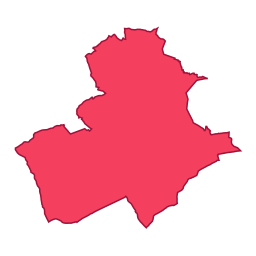 outline of Partestii De Jos, Suceava, Romania
{"feature_id": "2599482B28606213719079", "entity_name": "Partestii De Jos", "entity_type": "district", "adm_level": 2, "iso_a3": "ROU", "parent_name": "Romania", "parent_adm1": "Suceava", "projection": "robinson", "projection_center": [25.954, 47.619], "detail": "fine", "context": "isolated", "style": "filled", "palette": "rose", "viewbox_px": 256, "rotation_deg": 0, "n_neighbors": 0, "source": "geoboundaries", "source_scale": "gbopen_adm2", "svg_char_len": 5708}
<svg xmlns="http://www.w3.org/2000/svg" viewBox="0 0 256 256"><path d="M76.9,222.3L82.4,218.4L87.5,215.8L89.2,214.8L90.6,213.8L91.5,213.6L92.7,213.0L94.4,211.9L99.2,209.5L125.0,197.2L125.8,196.3L126.6,197.1L127.2,198.1L127.9,200.7L128.5,201.5L131.3,203.8L133.9,208.2L134.8,209.5L135.2,209.8L135.4,210.3L135.5,210.7L135.4,211.3L135.3,211.6L135.8,212.0L135.9,212.6L136.9,213.2L137.1,213.6L137.4,214.4L137.6,216.4L137.9,217.8L138.4,219.0L140.3,221.6L142.3,223.6L143.8,225.3L146.3,227.8L146.4,227.7L147.0,226.8L148.8,225.4L149.0,224.7L149.2,224.4L150.4,223.4L152.4,221.2L153.0,219.4L153.5,216.4L153.8,215.6L155.6,214.3L157.3,213.5L162.7,210.4L165.2,208.4L166.3,207.8L167.1,206.9L169.8,205.8L170.9,205.7L172.1,205.3L173.6,205.5L175.3,204.7L177.3,203.4L177.0,201.5L177.1,198.8L176.9,196.6L177.4,193.4L177.6,192.4L181.5,190.3L182.6,189.3L183.2,188.2L183.5,186.6L185.4,183.9L187.1,181.7L187.9,179.7L188.8,178.9L189.8,178.4L191.5,178.0L191.9,177.6L193.5,177.1L195.2,176.1L196.7,175.5L197.6,173.2L198.3,171.1L200.8,169.4L207.8,165.6L210.4,164.5L211.7,163.5L216.2,161.3L217.1,160.4L219.0,160.2L218.7,159.6L218.3,157.7L217.6,155.7L218.2,154.9L218.3,154.7L218.0,154.5L218.2,154.3L227.4,152.6L233.7,151.8L236.4,151.2L240.6,150.8L237.6,147.8L233.9,146.3L232.4,144.8L231.8,143.9L231.6,143.2L231.4,142.5L231.4,141.0L231.7,140.0L231.5,138.6L231.2,138.3L229.1,137.4L228.7,137.0L228.9,135.7L229.1,132.2L226.7,132.8L225.5,132.8L223.0,133.0L221.7,133.4L221.0,133.2L220.2,133.5L219.4,133.6L218.7,133.3L217.5,133.8L215.5,133.9L211.8,134.7L211.0,134.7L210.5,134.1L210.6,133.7L210.1,133.0L209.8,132.1L209.9,131.5L210.4,131.1L210.3,130.9L209.9,130.4L209.3,130.0L209.0,129.5L208.7,129.1L207.8,128.8L207.4,128.0L206.7,126.4L206.0,126.4L205.8,127.4L205.4,129.8L205.0,130.6L204.6,130.6L204.4,130.5L203.2,128.6L200.8,127.2L198.3,125.5L193.4,122.9L192.8,121.7L192.7,120.8L192.3,120.0L191.3,118.2L191.1,117.6L189.3,114.2L186.7,108.9L187.5,101.7L188.0,99.3L186.3,93.7L186.0,93.1L187.9,90.7L196.6,80.5L197.8,80.1L204.9,78.7L207.1,78.6L207.1,78.3L205.3,77.8L203.7,76.9L202.5,76.5L201.5,77.2L199.8,77.0L198.4,77.4L197.9,77.4L197.3,76.9L197.0,76.1L196.9,75.2L197.1,74.9L197.1,74.7L196.1,74.4L195.1,74.6L194.2,74.4L194.0,74.2L194.2,73.3L194.1,73.2L193.6,73.2L192.8,73.4L192.4,73.3L190.5,74.5L189.8,74.6L189.7,74.0L189.4,74.0L189.3,73.3L187.2,73.4L187.1,72.9L184.1,72.9L184.2,72.1L184.1,71.9L183.4,72.0L183.2,69.9L182.0,70.0L181.7,67.2L181.4,67.2L180.1,63.1L180.1,62.6L179.9,62.3L180.1,61.7L179.2,61.6L179.4,61.1L178.0,60.7L178.1,60.1L174.4,59.1L174.9,58.2L163.8,54.3L163.1,52.1L162.3,48.9L165.3,41.1L164.5,40.1L163.3,39.2L162.9,39.0L160.9,38.9L160.2,38.5L159.2,37.8L158.1,36.8L157.5,35.5L155.9,34.3L156.1,33.3L156.0,32.3L156.8,30.5L156.8,29.6L157.5,28.2L157.1,28.4L156.0,29.2L154.7,29.2L154.1,29.3L153.0,30.1L152.1,31.0L151.6,31.3L150.4,31.8L149.8,31.8L148.6,31.4L147.2,31.4L146.4,31.1L145.8,30.5L145.4,30.3L143.8,30.1L142.8,29.8L141.5,29.7L140.6,29.4L137.7,29.3L134.5,29.9L133.9,29.7L131.5,29.5L129.0,28.3L126.3,28.7L124.6,28.5L124.9,30.9L124.5,32.0L125.1,34.0L125.3,35.0L125.3,36.6L125.6,39.3L124.7,39.2L124.3,39.0L123.8,38.8L123.1,38.1L121.6,40.6L119.7,39.8L117.5,38.3L116.5,37.2L116.2,36.5L115.8,35.9L115.2,35.4L114.7,34.5L113.9,34.5L112.2,35.8L111.4,36.9L108.9,35.8L108.4,37.2L107.6,38.0L107.3,38.8L105.6,40.2L103.4,41.1L101.8,41.6L100.9,42.5L99.9,43.9L99.3,44.0L98.6,44.8L97.6,45.5L97.8,45.7L95.9,46.9L93.3,47.5L93.0,48.2L93.0,48.3L94.0,48.8L94.4,49.1L95.3,50.5L95.7,50.8L95.7,51.0L94.0,51.4L91.0,54.2L89.4,53.6L88.3,53.8L87.2,54.5L85.4,56.3L85.9,57.1L86.7,57.6L87.1,59.5L87.3,61.3L87.8,62.6L88.7,64.3L89.6,67.6L91.2,72.3L91.5,73.5L91.0,73.9L90.8,75.0L91.0,75.9L91.1,76.2L91.5,76.4L93.3,78.4L93.6,78.7L93.7,79.0L94.7,80.5L95.5,81.3L95.6,82.0L96.1,83.6L96.1,86.0L96.0,86.8L98.8,87.5L97.8,89.5L97.9,89.8L98.8,90.1L100.1,90.3L101.2,90.8L102.3,90.9L102.9,91.1L103.4,91.4L104.6,92.6L105.5,93.1L105.6,93.4L103.9,94.6L103.6,95.0L103.0,95.0L101.5,95.7L100.5,95.5L98.5,95.7L94.9,97.0L93.8,98.5L93.2,98.8L92.7,98.8L92.6,97.8L92.4,97.3L91.8,97.3L90.8,98.2L90.3,98.5L89.2,99.5L86.3,100.2L83.5,102.0L82.0,103.9L80.5,105.0L79.7,105.4L79.1,105.9L78.6,107.4L77.1,109.0L76.9,109.9L76.8,111.5L77.0,113.2L76.8,113.9L77.4,114.9L78.2,115.6L78.6,116.4L78.9,117.9L79.3,117.7L79.2,117.1L82.2,118.1L81.5,119.4L81.6,119.5L82.2,119.5L83.4,121.5L83.7,121.6L84.8,123.6L90.2,128.1L91.6,128.9L90.2,130.5L89.5,131.0L88.6,129.8L86.8,130.4L85.8,129.6L84.8,128.7L70.5,134.0L69.5,132.9L68.8,132.3L67.9,131.0L64.3,127.0L64.1,126.7L63.9,126.0L64.2,125.6L64.1,125.2L63.9,124.7L62.3,125.1L61.1,124.9L60.6,125.1L60.1,125.8L59.0,125.6L58.0,125.8L57.2,125.6L54.8,126.5L53.2,127.8L52.6,128.1L50.8,128.3L49.5,128.7L47.3,129.6L46.6,129.7L42.8,130.0L42.1,130.1L40.2,130.8L36.5,132.5L35.1,132.9L34.5,133.4L34.2,134.0L33.7,134.5L33.6,135.2L33.7,136.6L33.5,137.6L33.3,137.9L32.2,138.7L32.0,138.9L31.5,139.2L31.2,139.6L30.6,139.8L29.9,140.4L29.5,140.9L29.3,141.5L28.6,141.9L27.3,142.2L25.2,141.8L24.3,142.0L23.5,142.4L23.0,143.2L22.5,143.5L21.8,144.3L21.3,144.4L17.9,146.8L15.4,148.1L15.5,148.7L15.4,149.7L17.5,152.9L18.7,154.0L19.6,154.7L25.2,157.5L25.4,158.8L26.0,160.2L27.4,161.8L27.1,164.0L27.3,164.5L28.5,165.9L30.8,170.7L31.0,172.3L32.1,172.9L33.9,174.1L34.4,175.1L34.5,175.9L34.4,177.4L34.5,178.2L34.8,178.9L36.1,180.9L36.4,181.9L36.5,183.1L37.7,186.1L38.4,186.7L39.3,188.1L39.8,189.3L39.7,190.2L39.7,191.2L40.1,193.3L40.6,194.9L40.9,196.6L41.2,199.7L41.7,202.7L42.0,204.5L42.5,205.3L42.5,206.7L42.9,207.4L43.7,207.9L44.2,209.0L44.6,210.7L44.6,213.1L44.8,214.0L46.5,217.7L48.7,222.0L50.8,220.6L52.7,219.7L54.4,219.1L55.8,218.8L57.0,219.1L59.3,220.1L60.9,220.9L62.4,222.4L63.7,222.9L65.5,223.2L71.3,223.1L76.3,221.8L76.9,222.3Z" fill="#f43f5e" stroke="#9f1239" stroke-width="1.5"/></svg>